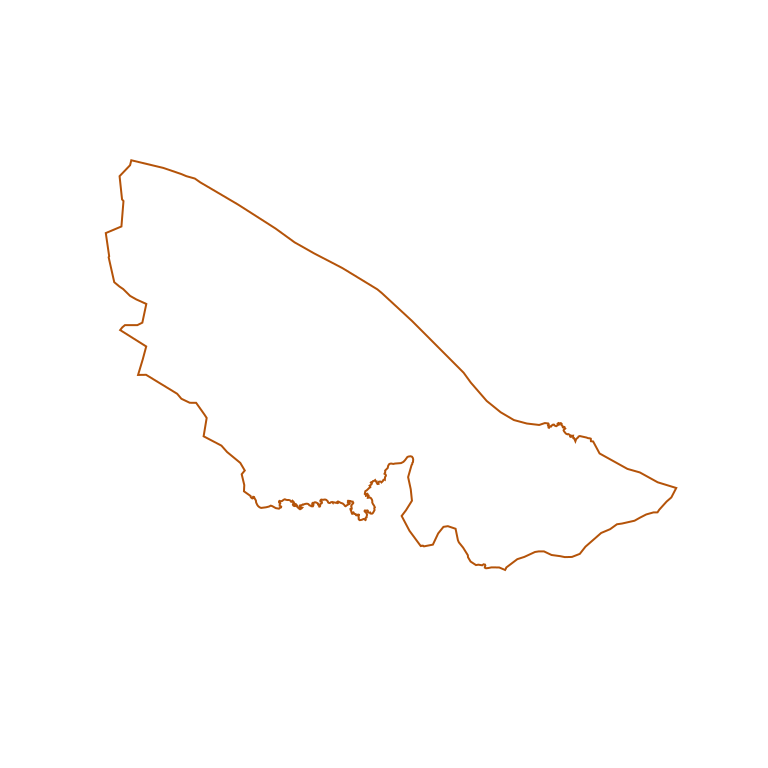 outline of Yunusari, Yobe, Nigeria, rotated 15°
{"feature_id": "59680162B1638752109374", "entity_name": "Yunusari", "entity_type": "district", "adm_level": 2, "iso_a3": "NGA", "parent_name": "Nigeria", "parent_adm1": "Yobe", "projection": "mercator", "projection_center": [11.911, 13.116], "detail": "fine", "context": "isolated", "style": "outline", "palette": "amber", "viewbox_px": 768, "rotation_deg": 15, "n_neighbors": 0, "source": "geoboundaries", "source_scale": "gbopen_adm2", "svg_char_len": 6131}
<svg xmlns="http://www.w3.org/2000/svg" viewBox="0 0 768 768"><g transform="rotate(15 384 384)"><path d="M693.2,408.8L673.8,408.1L654.0,403.2L641.1,403.0L610.2,395.3L600.9,385.4L598.7,385.7L597.9,383.3L596.8,383.2L595.2,383.5L593.4,383.3L586.6,383.6L585.5,384.4L585.3,385.3L583.9,387.4L583.7,389.8L581.9,387.5L581.1,387.4L581.2,386.8L580.4,386.4L580.1,386.0L580.0,385.0L579.0,385.4L578.4,385.5L578.0,385.4L577.8,385.7L578.3,386.6L577.8,386.8L577.3,386.5L577.0,385.4L576.0,384.9L574.8,384.7L574.4,385.1L573.1,385.0L572.3,384.7L570.3,383.2L569.5,382.4L569.5,381.7L569.8,381.0L570.3,380.6L570.6,380.1L570.1,379.8L569.4,378.8L568.6,379.0L568.5,379.5L568.0,379.6L567.7,379.2L567.6,378.6L566.2,377.8L566.0,376.6L564.9,376.0L564.2,376.4L564.0,377.7L563.5,377.9L563.0,377.7L563.2,376.8L562.9,376.5L562.6,376.5L561.9,377.7L562.4,378.4L562.5,378.9L561.2,380.2L559.7,380.0L559.1,379.8L558.9,379.3L557.9,379.4L556.7,380.7L556.5,381.8L556.2,382.0L555.3,381.8L555.1,382.0L554.7,383.6L554.2,383.5L553.7,382.1L553.1,381.6L553.1,381.2L553.6,380.5L553.4,380.1L552.9,379.6L549.5,380.1L544.5,383.4L532.2,385.2L518.8,385.2L504.0,381.1L487.6,373.8L467.5,360.2L458.0,352.5L395.0,316.0L358.5,296.8L353.1,294.3L313.8,282.8L282.6,275.9L260.9,270.3L239.0,261.9L196.4,248.4L154.4,236.8L148.1,234.5L139.2,234.4L134.2,233.7L114.9,232.4L82.0,233.3L82.1,238.4L74.8,251.7L83.2,273.5L85.0,274.7L89.6,299.8L76.2,310.2L85.5,331.8L85.2,332.8L97.1,355.5L103.2,358.3L107.5,359.8L115.9,364.6L122.8,366.4L133.7,368.2L134.7,387.3L130.5,391.0L118.5,394.2L116.5,397.1L115.2,400.2L144.6,409.3L144.6,422.5L144.1,438.9L151.8,436.7L186.8,447.0L192.1,450.7L201.2,452.4L207.4,450.8L218.6,460.1L221.5,462.7L223.3,481.2L242.9,485.6L250.0,490.3L265.6,497.4L271.9,503.6L269.9,508.0L275.2,517.8L276.5,523.9L284.1,526.7L284.4,527.5L285.1,528.1L286.4,528.6L286.9,528.3L286.5,527.3L286.8,526.8L287.8,526.8L288.4,527.7L290.4,529.7L291.2,531.6L292.9,533.6L294.0,534.5L295.7,535.3L297.4,535.5L302.0,533.6L304.7,532.1L306.1,530.8L307.7,530.9L311.6,531.9L314.8,531.6L315.3,530.8L316.5,529.8L316.4,529.0L314.7,528.6L314.4,527.1L314.7,526.2L314.1,525.5L313.3,525.5L313.0,524.5L313.4,523.9L314.8,524.0L315.9,523.3L317.0,521.8L318.1,521.0L319.0,521.2L320.7,521.1L321.9,520.7L323.2,520.7L324.2,521.2L324.8,521.8L325.5,521.6L325.8,520.5L327.0,521.1L327.6,521.7L327.3,522.4L327.2,524.2L328.0,524.9L328.8,525.1L329.5,525.0L330.0,524.4L329.2,523.5L329.3,522.8L330.1,522.9L330.7,523.5L331.4,523.8L331.1,524.7L332.1,525.1L333.6,526.1L335.3,526.7L336.5,525.6L337.0,524.6L335.0,524.6L334.2,524.3L334.1,523.8L334.3,523.0L335.8,522.4L336.7,521.4L337.5,521.4L337.8,520.9L339.0,520.2L339.8,519.8L341.1,519.5L342.1,519.6L343.4,520.5L344.5,520.5L345.4,520.9L346.6,520.7L347.0,520.5L347.1,519.6L345.9,519.2L346.0,518.8L347.0,518.5L346.9,518.1L346.6,517.8L346.1,517.9L345.7,517.7L346.0,517.2L346.8,517.0L347.9,516.1L348.2,516.2L348.9,516.0L350.9,516.4L351.3,516.7L351.4,517.5L351.7,517.7L353.1,518.1L353.4,518.4L353.2,519.1L353.6,519.1L353.8,518.8L353.9,518.4L353.5,516.7L353.7,516.2L354.5,515.6L354.8,515.0L354.7,514.4L354.5,514.0L353.9,513.8L353.0,513.9L352.7,513.2L352.9,512.5L353.2,512.0L353.6,511.8L355.1,511.7L356.1,511.1L357.5,510.8L358.3,510.9L360.1,511.9L360.7,512.9L361.3,513.1L362.5,513.0L363.4,511.9L364.5,511.4L365.5,512.1L365.6,511.5L365.8,511.3L368.5,511.2L368.8,510.7L369.9,511.1L370.3,510.9L370.5,510.4L370.1,510.2L369.7,509.7L369.9,509.4L370.4,509.4L373.0,510.0L375.0,510.1L376.8,511.0L377.7,511.8L378.2,512.0L378.6,512.0L379.2,511.1L380.9,509.3L381.5,509.0L381.9,508.4L381.7,507.9L381.0,507.5L380.6,507.6L380.2,508.1L379.8,508.0L379.9,507.0L379.4,506.4L379.5,506.1L380.1,506.0L382.1,505.7L383.1,506.1L384.2,505.7L385.1,506.7L385.1,507.3L384.4,508.3L383.9,510.2L383.9,510.5L384.3,510.9L385.1,512.7L385.0,513.3L384.1,513.2L383.9,513.4L384.3,514.2L385.3,515.4L385.8,516.3L386.7,517.6L387.0,517.6L387.3,517.2L387.5,516.0L387.7,515.9L388.2,516.3L388.6,517.0L388.9,517.2L390.3,517.0L390.8,517.8L391.1,518.0L391.7,517.9L392.8,516.8L393.7,516.8L393.8,517.2L393.6,518.3L393.7,518.9L394.0,519.2L394.4,520.2L394.5,520.6L394.4,520.9L394.8,521.3L395.6,521.8L396.6,521.5L398.0,520.7L399.1,519.7L399.6,519.6L401.3,520.2L401.5,519.8L400.9,518.3L401.1,517.7L401.7,517.3L401.5,516.6L401.5,514.7L400.1,513.0L398.3,512.1L398.1,511.7L398.2,511.2L398.6,511.1L398.8,511.4L399.3,511.5L400.3,510.5L400.8,510.4L401.2,510.6L401.6,511.7L402.1,512.1L403.1,512.1L403.9,511.7L404.5,512.6L405.9,512.4L406.5,511.8L406.9,510.7L407.5,508.2L406.7,506.4L407.1,505.5L405.8,504.0L404.4,502.8L403.3,501.5L403.0,500.1L402.4,499.0L401.1,497.7L399.8,497.3L397.8,498.1L397.7,497.4L398.3,496.8L398.1,495.9L396.3,496.2L395.6,496.6L395.5,496.1L396.6,495.2L396.8,494.7L396.1,494.3L394.6,495.6L393.9,495.2L393.7,492.4L394.9,491.1L396.8,487.9L397.5,487.3L397.3,486.7L396.4,485.9L397.7,484.5L398.0,483.6L396.8,482.6L397.2,482.0L398.1,482.0L398.6,480.5L399.7,480.0L400.3,479.1L401.1,480.0L402.1,480.0L402.2,481.0L403.6,482.3L404.6,481.9L404.2,480.9L404.4,479.7L405.5,479.2L406.4,479.2L407.0,479.7L408.0,478.1L408.3,476.6L409.1,476.2L409.6,476.3L409.1,473.7L409.6,472.1L409.0,471.0L407.7,470.6L408.0,468.8L407.5,467.3L409.3,464.2L409.2,461.7L409.9,459.8L411.4,459.0L413.7,458.8L415.2,458.0L420.9,456.0L422.9,454.2L424.0,452.2L425.5,448.4L426.7,447.6L428.4,446.9L429.9,447.0L431.0,448.0L431.7,449.2L432.2,451.9L431.8,453.0L432.0,454.2L431.6,455.2L431.4,467.7L437.1,478.8L441.2,489.5L437.9,500.3L435.2,506.9L446.6,519.2L461.4,531.0L462.3,530.4L462.7,530.3L462.8,530.5L463.8,530.1L464.6,530.5L472.8,526.5L475.0,514.3L478.4,506.6L482.5,504.8L490.6,505.3L495.8,515.7L497.3,517.6L502.8,521.6L509.3,527.7L510.0,529.6L513.6,533.1L519.7,535.1L521.9,534.1L525.8,533.7L526.8,532.4L528.3,532.3L528.9,533.2L528.7,534.6L528.9,535.3L530.2,535.6L532.3,534.8L535.3,533.3L542.8,531.4L549.1,532.3L549.5,530.8L549.6,529.6L558.1,518.7L564.3,514.7L573.3,507.2L576.9,505.6L581.9,504.3L590.1,505.8L598.7,504.7L603.5,504.4L610.3,502.4L617.1,497.4L620.7,489.0L632.3,471.7L640.0,465.7L645.3,459.2L650.0,457.2L661.4,451.2L665.9,446.8L671.1,442.1L677.5,438.3L681.4,437.2L682.4,434.2L687.4,424.4L690.9,419.2L693.2,408.8Z" fill="none" stroke="#b45309" stroke-width="2"/></g></svg>